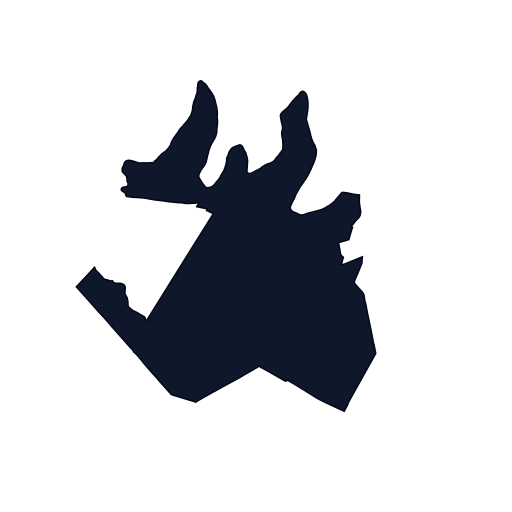 outline of Bujoreni, Teleorman, Romania, rotated 215°
{"feature_id": "2599482B13275813753420", "entity_name": "Bujoreni", "entity_type": "district", "adm_level": 2, "iso_a3": "ROU", "parent_name": "Romania", "parent_adm1": "Teleorman", "projection": "orthographic", "projection_center": [25.677, 44.129], "detail": "fine", "context": "isolated", "style": "filled", "palette": "ink", "viewbox_px": 512, "rotation_deg": 215, "n_neighbors": 0, "source": "geoboundaries", "source_scale": "gbopen_adm2", "svg_char_len": 6127}
<svg xmlns="http://www.w3.org/2000/svg" viewBox="0 0 512 512"><g transform="rotate(215 256 256)"><path d="M102.0,244.9L109.0,251.6L109.3,251.6L117.5,259.6L132.8,274.0L138.7,279.8L138.8,279.7L141.6,282.2L144.3,285.2L145.7,286.4L146.7,286.9L148.1,287.4L156.7,289.4L160.4,290.5L161.4,294.0L162.3,298.6L165.1,310.8L168.4,316.4L179.0,300.0L181.1,297.7L183.7,305.1L186.2,305.3L187.7,306.0L196.0,314.3L189.3,322.7L189.5,322.8L193.2,334.2L193.2,334.7L194.7,334.8L194.6,340.4L194.5,342.3L193.8,346.5L193.8,347.3L194.0,349.0L195.2,351.6L195.8,352.6L197.2,354.1L198.3,355.1L202.1,359.2L206.3,365.4L208.5,364.1L212.3,362.2L217.2,360.2L221.0,358.2L221.9,357.4L222.2,356.8L222.2,355.0L222.6,352.2L223.1,345.7L223.6,343.6L224.4,341.3L224.8,339.8L225.9,337.6L227.1,334.8L229.0,331.6L233.8,325.7L237.8,321.2L240.8,317.0L242.2,315.7L243.5,315.0L244.3,314.8L246.4,314.6L249.6,313.9L250.9,313.5L251.6,313.4L253.2,313.7L254.6,314.2L255.5,315.0L255.9,315.7L256.2,316.4L256.6,318.1L257.3,321.9L257.5,324.4L257.8,325.9L258.2,327.5L258.5,328.7L258.8,330.9L258.9,333.0L259.1,334.2L259.5,338.4L259.4,342.1L259.5,345.5L259.4,347.5L259.8,352.3L260.6,357.7L261.0,359.6L261.7,363.2L262.6,367.3L263.9,371.2L264.5,372.7L265.3,374.3L266.8,376.7L267.7,377.7L271.1,380.3L272.2,380.9L273.2,381.3L275.3,382.4L278.1,384.3L284.4,389.7L287.6,392.2L290.4,394.6L292.5,396.2L293.0,396.7L293.5,397.5L294.5,399.4L295.3,401.2L296.0,402.3L296.3,403.2L298.4,407.2L299.3,408.5L301.9,412.1L304.5,414.9L306.4,416.5L307.9,417.5L309.5,417.9L310.7,418.1L311.5,418.0L312.4,417.6L312.7,417.4L313.0,416.8L313.6,415.0L313.6,414.3L313.4,413.5L313.4,412.8L314.2,409.3L314.6,406.3L315.0,402.4L315.0,400.6L315.2,396.1L315.6,394.1L316.9,389.3L317.1,387.4L317.1,386.4L316.8,385.6L316.5,384.9L315.9,384.2L312.2,380.5L310.1,378.8L307.7,376.3L307.1,375.1L306.3,373.0L305.4,371.3L302.7,368.2L301.3,367.0L297.5,362.3L295.6,359.4L295.4,358.7L295.1,356.9L295.3,354.7L295.2,351.6L295.7,348.3L295.7,346.3L295.8,344.8L296.1,343.1L296.8,341.7L297.3,340.8L299.6,337.7L300.7,335.7L302.4,331.7L302.6,330.2L303.0,329.6L303.7,328.0L304.7,326.4L306.2,323.2L306.9,321.9L308.0,320.5L308.9,319.7L309.9,319.2L311.2,319.5L312.1,320.2L314.6,324.6L315.2,325.3L316.8,328.2L317.5,329.2L319.0,330.8L320.3,332.1L321.7,333.1L323.4,334.6L326.0,335.7L329.7,337.9L330.6,338.1L332.2,338.1L332.9,337.9L333.3,337.6L333.8,336.7L334.5,335.9L335.2,334.7L335.7,334.3L336.5,332.7L337.4,331.3L337.8,329.8L337.7,326.4L337.6,325.6L337.1,323.7L336.9,323.1L336.0,319.0L335.7,318.5L335.1,317.9L334.4,316.7L333.2,313.9L332.0,310.3L331.3,307.2L331.0,302.4L330.5,299.1L330.5,297.5L330.6,296.7L330.8,294.7L330.9,294.3L331.0,292.2L331.1,290.5L331.2,289.7L331.8,287.8L332.3,286.8L333.8,285.1L335.7,283.4L338.3,283.9L341.4,284.9L342.6,285.3L347.5,287.5L348.2,287.9L348.7,288.4L349.5,290.1L349.7,290.7L350.3,294.4L350.2,300.4L350.5,303.0L350.7,304.1L351.4,306.0L353.3,310.4L353.8,312.3L355.0,315.1L356.2,319.3L356.5,320.8L356.9,323.6L357.0,326.1L357.3,328.6L357.4,329.5L357.9,331.7L358.1,332.0L358.2,332.5L358.7,333.9L360.0,336.3L361.2,338.1L362.1,339.9L364.3,343.7L365.4,345.1L367.7,347.8L368.7,349.6L371.1,352.8L372.5,354.2L374.1,355.9L375.8,357.3L378.0,359.3L380.1,361.0L382.5,362.7L385.7,364.2L387.3,364.7L388.6,365.2L389.6,365.4L395.3,367.7L397.1,367.9L399.1,367.9L400.6,368.2L401.1,368.1L402.0,367.6L402.4,367.1L402.7,366.2L402.8,365.0L402.7,364.5L402.1,363.2L401.3,362.0L400.5,360.0L399.8,359.0L398.6,357.3L397.6,355.0L397.4,354.3L397.1,352.8L396.2,350.4L395.5,347.0L395.1,345.9L394.3,344.1L393.5,342.0L392.4,340.3L391.2,337.8L390.9,336.5L390.2,334.4L390.0,333.1L389.9,332.6L390.1,331.4L389.8,328.8L389.8,327.6L390.0,326.6L390.1,324.8L390.5,321.5L390.4,320.9L391.0,317.8L391.1,316.4L391.1,314.0L390.9,312.5L391.0,311.1L391.0,307.5L391.1,304.9L390.9,303.9L390.8,301.6L390.5,300.4L390.0,298.9L389.7,298.0L389.6,296.2L389.6,294.2L389.7,293.7L389.9,291.7L390.0,290.5L390.4,289.2L390.9,288.1L391.8,285.6L392.2,282.8L392.4,282.0L392.6,279.5L392.8,277.7L393.2,276.6L393.3,276.4L393.5,275.3L393.4,274.1L393.7,273.6L394.2,273.1L395.3,272.4L397.4,270.7L403.6,266.3L404.4,265.6L405.1,265.2L406.7,264.6L409.2,263.9L412.7,262.7L415.4,261.3L416.3,260.3L417.1,259.0L417.2,258.4L417.3,257.8L417.1,256.3L416.5,254.4L416.1,251.9L415.8,250.9L415.0,249.7L414.1,248.6L413.3,248.2L410.9,247.7L410.5,247.7L407.8,247.0L407.1,246.4L405.2,244.4L404.6,243.3L403.6,242.8L402.2,241.9L401.9,241.6L401.7,241.2L401.6,240.4L401.6,239.3L401.6,238.8L402.8,237.5L403.8,236.7L404.4,236.0L404.7,235.4L404.9,234.2L404.9,233.8L404.6,233.4L404.2,232.8L403.7,232.6L402.8,232.4L400.5,232.6L399.5,232.5L398.5,232.0L397.1,230.9L396.4,230.4L390.8,233.3L386.3,236.1L382.3,238.5L377.1,241.2L376.1,241.5L370.5,244.2L363.9,247.8L358.5,250.4L354.8,252.6L350.0,255.2L347.6,256.9L344.9,258.1L343.1,259.1L340.4,261.0L337.5,263.4L336.3,264.1L335.7,264.7L334.7,266.0L333.5,266.9L333.3,266.7L333.2,266.3L333.0,262.8L332.9,262.4L332.7,262.4L323.2,266.6L322.7,264.9L315.8,266.1L315.1,266.1L315.2,265.5L313.1,224.6L308.6,140.8L308.7,140.5L309.2,140.4L310.0,140.5L311.5,141.8L312.7,142.2L317.2,141.7L321.3,141.5L323.9,141.0L326.3,140.7L330.9,141.2L331.7,141.5L332.5,142.2L333.3,143.1L334.2,144.4L334.7,145.0L335.0,145.5L335.3,145.8L335.9,146.1L336.2,146.3L337.1,147.6L340.3,149.2L341.3,149.7L342.1,150.5L342.8,151.5L344.5,154.5L345.6,155.8L346.8,156.5L347.8,156.7L349.6,156.5L351.6,155.8L354.0,154.0L355.7,153.0L357.2,152.7L357.9,152.7L358.4,152.8L359.4,153.4L360.2,152.6L360.7,152.3L362.4,151.6L363.4,151.4L367.2,150.0L368.5,150.2L370.3,150.8L371.6,151.0L374.8,151.8L379.1,152.5L381.8,154.2L382.5,148.6L385.5,127.7L362.0,122.2L353.1,120.0L342.3,117.7L334.0,115.5L306.5,108.9L304.4,108.6L303.1,108.2L301.0,107.2L298.8,107.0L296.5,106.6L289.8,104.8L287.7,104.1L284.4,103.2L274.5,100.7L268.5,99.4L260.6,97.4L245.8,93.9L235.4,97.3L228.2,99.6L221.7,101.8L221.5,101.7L220.3,104.7L217.9,109.8L208.9,128.4L199.6,147.0L197.6,151.6L191.0,165.7L190.2,167.6L188.3,167.6L186.2,167.8L176.7,168.8L161.2,170.2L160.2,170.4L159.8,170.6L159.6,170.7L159.0,172.2L158.3,172.4L152.4,172.9L123.2,174.6L115.5,175.7L94.7,179.4L95.5,186.0L96.4,190.0L102.0,244.9Z" fill="#0f172a" stroke="#020617" stroke-width="1.5"/></g></svg>